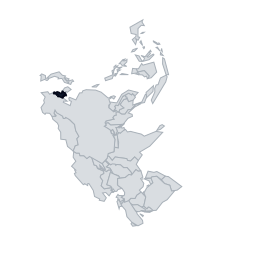 location of North Korea within Asia, rotated 240°
{"feature_id": "PRK", "entity_name": "North Korea", "entity_type": "country or territory", "adm_level": 0, "iso_a3": "PRK", "parent_name": "Asia", "parent_adm1": "", "projection": "equal_earth", "projection_center": [127.346, 40.359], "detail": "fine", "context": "in_parent", "style": "filled", "palette": "ink", "viewbox_px": 256, "rotation_deg": 240, "n_neighbors": 45, "source": "natural_earth", "source_scale": "50m", "svg_char_len": 14185}
<svg xmlns="http://www.w3.org/2000/svg" viewBox="0 0 256 256"><g transform="rotate(240 128 128)"><path d="M134.8,69.2L132.2,70.6L130.6,73.2L128.0,72.6L126.1,75.9L122.1,77.1L122.6,80.4L121.3,82.0L112.9,80.2L111.4,81.7L108.1,81.3L103.1,85.3L100.6,84.3L100.7,80.8L99.4,79.4L95.0,79.8L91.4,75.9L87.2,77.0L84.6,84.1L82.5,82.1L79.8,83.1L80.5,81.2L78.7,77.7L83.2,76.5L84.5,73.5L78.4,74.3L76.4,70.7L79.8,67.0L80.7,68.0L85.4,64.8L91.3,66.7L99.3,66.4L100.0,65.5L98.3,64.3L101.5,62.6L101.0,61.4L101.9,60.8L113.2,58.5L115.5,58.9L115.2,60.6L118.3,60.8L117.8,61.7L123.1,60.0L125.3,66.2L130.1,65.9L134.8,69.2Z" fill="#d9dde1" stroke="#a8b0b8" stroke-width="1"/><path d="M84.6,84.1L87.2,77.0L91.4,75.9L95.0,79.8L99.4,79.4L100.7,80.8L100.6,84.3L102.6,85.3L107.5,82.2L106.3,83.6L109.9,84.9L107.6,86.3L105.8,86.2L106.3,84.7L104.2,85.2L102.4,87.6L101.1,87.5L101.4,90.3L100.0,92.3L89.5,81.3L86.3,84.0L84.6,84.1Z" fill="#d9dde1" stroke="#a8b0b8" stroke-width="1"/><path d="M214.3,180.1L214.2,194.9L212.8,193.1L208.5,193.3L210.3,190.8L209.1,186.4L201.9,182.2L200.7,183.5L199.0,180.6L201.9,179.2L199.4,179.2L196.5,176.3L202.4,175.9L203.2,180.4L204.9,181.8L208.3,178.0L214.3,180.1ZM187.1,194.4L186.2,197.3L184.6,197.5L185.5,195.3L187.1,194.4ZM202.8,189.9L202.6,188.2L203.3,186.6L203.6,188.3L202.8,189.9ZM175.1,164.7L174.1,166.7L177.0,172.1L175.0,172.3L172.1,183.3L162.1,180.8L159.9,173.2L161.1,169.5L162.6,172.3L168.1,171.3L169.5,170.8L171.7,164.3L175.1,164.7ZM192.1,181.9L196.4,181.2L197.1,182.9L192.1,181.9ZM190.3,182.8L189.2,182.4L188.8,181.4L190.6,181.3L190.3,182.8ZM192.1,169.1L193.4,171.5L192.4,176.2L191.2,171.8L192.1,169.1ZM180.2,171.1L187.6,170.9L184.9,173.6L179.0,173.6L178.7,175.3L180.3,177.3L184.3,175.5L181.2,178.5L184.1,186.3L182.5,186.2L183.3,184.3L181.2,184.6L180.3,180.1L179.2,180.8L179.4,186.8L178.4,187.1L176.6,180.5L178.4,173.8L180.2,171.1ZM180.1,196.9L177.0,195.9L178.6,195.5L180.1,196.9ZM178.6,194.2L182.1,193.4L183.6,192.6L183.4,193.9L178.6,194.2ZM175.2,192.6L177.3,194.0L173.2,194.7L175.2,192.6ZM155.1,187.6L166.2,190.0L171.5,193.2L169.6,194.1L153.9,189.8L155.1,187.6ZM150.5,175.7L155.1,181.1L154.7,187.5L152.8,187.5L149.1,183.8L136.8,161.6L140.5,162.1L145.8,169.3L148.9,170.9L151.2,173.9L150.5,175.7Z" fill="#d9dde1" stroke="#a8b0b8" stroke-width="1"/><path d="M187.3,195.6L188.8,193.4L191.1,193.3L187.3,195.6Z" fill="#d9dde1" stroke="#a8b0b8" stroke-width="1"/><path d="M48.0,100.3L45.7,103.2L44.0,108.2L44.1,104.6L46.8,100.7L48.0,100.3Z" fill="#d9dde1" stroke="#a8b0b8" stroke-width="1"/><path d="M49.9,98.4L46.8,100.7L50.0,97.5L49.9,98.4Z" fill="#d9dde1" stroke="#a8b0b8" stroke-width="1"/><path d="M47.0,102.1L45.3,104.3L46.5,101.8L47.0,102.1Z" fill="#d9dde1" stroke="#a8b0b8" stroke-width="1"/><path d="M47.0,102.1L52.7,100.1L52.5,102.6L48.6,104.0L49.5,106.1L45.6,108.9L44.0,108.2L47.0,102.1Z" fill="#d9dde1" stroke="#a8b0b8" stroke-width="1"/><path d="M67.9,119.5L71.8,119.8L76.2,116.3L72.8,123.3L68.1,122.2L67.9,119.5Z" fill="#d9dde1" stroke="#a8b0b8" stroke-width="1"/><path d="M66.9,118.4L67.1,116.8L68.3,115.5L68.4,117.4L66.9,118.4Z" fill="#d9dde1" stroke="#a8b0b8" stroke-width="1"/><path d="M64.0,107.0L65.0,110.2L62.3,109.1L64.0,107.0Z" fill="#d9dde1" stroke="#a8b0b8" stroke-width="1"/><path d="M52.5,102.6L52.7,100.1L56.9,97.9L58.8,93.9L61.8,91.9L64.7,92.3L65.7,95.3L63.5,98.8L65.5,102.0L66.0,107.3L59.4,108.9L52.5,102.6Z" fill="#d9dde1" stroke="#a8b0b8" stroke-width="1"/><path d="M73.2,122.9L76.0,118.0L80.6,123.8L76.6,128.3L75.9,131.2L67.6,136.3L66.5,131.1L71.8,128.8L73.7,124.4L73.2,122.9ZM76.8,115.0L76.0,115.6L76.6,114.9L76.8,115.0Z" fill="#d9dde1" stroke="#a8b0b8" stroke-width="1"/><path d="M149.5,146.3L150.4,141.7L155.5,142.5L156.3,141.0L158.1,143.3L157.8,146.0L154.9,147.7L155.6,149.1L151.0,149.9L149.5,146.3Z" fill="#d9dde1" stroke="#a8b0b8" stroke-width="1"/><path d="M154.1,141.6L150.4,141.7L149.5,146.3L145.5,143.6L143.7,153.0L148.5,159.9L146.8,161.1L141.8,155.0L144.5,147.0L142.5,139.7L143.8,137.4L141.5,132.3L143.1,129.5L146.3,127.9L148.1,130.0L147.5,134.4L151.1,132.6L153.6,134.6L154.8,138.7L154.1,141.6Z" fill="#d9dde1" stroke="#a8b0b8" stroke-width="1"/><path d="M157.7,141.8L154.1,141.6L154.8,138.7L152.4,132.8L147.5,134.4L148.1,130.0L146.3,127.9L149.2,126.3L149.1,123.7L151.4,127.2L153.4,127.2L154.0,129.1L152.4,130.5L157.7,138.0L157.7,141.8Z" fill="#d9dde1" stroke="#a8b0b8" stroke-width="1"/><path d="M146.3,127.9L143.1,129.5L141.5,132.3L143.8,137.4L142.5,139.7L144.5,147.0L142.6,151.4L142.8,144.2L140.9,135.7L137.8,138.4L135.9,137.7L136.4,132.8L133.6,125.6L139.2,114.5L142.5,113.4L143.1,110.8L145.1,112.5L142.7,120.3L144.5,119.9L145.7,122.4L145.1,124.2L148.2,124.8L146.3,127.9Z" fill="#d9dde1" stroke="#a8b0b8" stroke-width="1"/><path d="M152.4,150.2L155.6,149.1L154.9,147.7L157.8,146.0L158.1,139.5L152.4,130.5L154.0,129.1L153.4,127.2L151.4,127.2L149.9,123.4L155.2,121.5L159.5,125.4L155.3,130.9L160.3,139.4L160.6,147.5L153.7,154.5L152.4,150.2Z" fill="#d9dde1" stroke="#a8b0b8" stroke-width="1"/><path d="M189.4,91.1L192.7,89.4L194.4,93.1L193.8,96.5L189.8,98.0L189.3,93.2L190.4,92.8L189.4,91.1Z" fill="#d9dde1" stroke="#a8b0b8" stroke-width="1"/><path d="M135.4,69.0L142.3,66.4L148.9,68.3L151.9,64.2L158.0,67.6L162.5,67.3L164.6,69.1L167.6,69.3L173.0,67.3L176.2,68.0L174.6,71.9L177.9,71.3L180.3,73.1L170.9,77.3L168.6,76.8L167.8,78.0L168.4,79.3L166.1,81.0L157.8,83.5L151.9,81.4L145.3,81.3L144.3,78.4L138.3,76.4L138.9,73.4L135.4,69.0Z" fill="#d9dde1" stroke="#a8b0b8" stroke-width="1"/><path d="M143.1,110.8L142.5,113.4L139.2,114.5L134.3,124.3L133.8,120.9L132.9,122.3L132.1,121.1L134.4,117.9L130.5,117.3L128.6,114.7L127.9,116.2L128.9,117.4L127.4,119.0L128.3,119.5L128.1,125.1L124.9,125.5L123.8,128.5L116.0,136.5L112.8,138.0L111.1,150.5L106.9,155.9L101.4,137.8L101.3,125.9L97.6,126.9L94.7,120.7L99.6,119.3L98.1,113.7L100.2,111.4L102.1,111.6L109.3,102.4L107.8,98.1L112.8,97.4L114.6,95.7L115.8,98.1L114.5,104.0L117.8,106.8L115.7,109.7L120.4,112.8L127.8,114.8L129.3,111.2L129.2,113.3L130.6,114.2L134.3,113.9L134.0,111.9L141.4,108.3L141.4,110.5L143.1,110.8Z" fill="#d9dde1" stroke="#a8b0b8" stroke-width="1"/><path d="M133.8,120.9L133.6,127.4L132.4,122.8L130.9,122.7L130.4,124.8L128.4,124.3L127.4,119.0L128.9,117.4L127.9,116.2L128.6,114.7L130.5,117.3L134.4,117.9L132.1,121.1L132.9,122.3L133.8,120.9Z" fill="#d9dde1" stroke="#a8b0b8" stroke-width="1"/><path d="M134.0,111.9L134.3,113.9L129.2,113.3L131.4,110.8L134.0,111.9Z" fill="#d9dde1" stroke="#a8b0b8" stroke-width="1"/><path d="M128.3,111.7L127.8,114.8L126.4,114.9L115.7,109.7L118.5,106.3L124.7,111.0L128.3,111.7Z" fill="#d9dde1" stroke="#a8b0b8" stroke-width="1"/><path d="M114.6,95.7L112.8,97.4L107.8,98.1L109.3,102.4L102.1,111.6L100.2,111.4L98.1,113.7L99.6,119.3L94.7,120.7L92.4,117.0L84.4,117.7L85.5,115.2L88.0,114.1L85.5,107.5L87.9,108.6L94.2,107.4L95.8,104.4L99.8,103.1L105.9,93.6L111.2,92.4L112.3,94.9L114.6,95.7Z" fill="#d9dde1" stroke="#a8b0b8" stroke-width="1"/><path d="M95.3,92.4L102.1,92.3L105.2,89.6L106.0,93.2L108.5,91.6L111.2,92.4L104.7,94.5L104.8,96.4L103.2,98.8L101.7,98.7L102.0,100.1L99.8,103.1L95.8,104.4L94.2,107.4L87.9,108.6L85.5,107.5L87.3,105.6L86.5,100.9L89.0,95.4L91.6,95.9L95.3,92.4Z" fill="#d9dde1" stroke="#a8b0b8" stroke-width="1"/><path d="M100.0,92.3L101.4,90.3L101.1,87.5L106.3,84.7L106.5,86.1L103.8,87.6L110.1,87.8L111.1,91.8L106.0,93.2L105.2,89.6L102.1,92.3L100.0,92.3Z" fill="#d9dde1" stroke="#a8b0b8" stroke-width="1"/><path d="M107.5,82.2L111.4,81.7L112.9,80.2L121.3,82.0L110.1,87.8L103.8,87.6L104.2,86.4L109.9,84.9L106.3,83.6L107.5,82.2Z" fill="#d9dde1" stroke="#a8b0b8" stroke-width="1"/><path d="M79.8,83.1L82.5,82.1L83.8,84.2L86.3,84.0L89.5,81.3L98.5,90.7L98.1,91.9L97.1,91.3L90.4,96.2L89.0,95.4L89.4,93.7L84.5,90.6L78.7,92.2L79.8,88.7L78.8,86.6L79.7,84.9L82.5,84.8L81.8,82.5L79.8,84.4L79.8,83.1Z" fill="#d9dde1" stroke="#a8b0b8" stroke-width="1"/><path d="M66.0,107.3L65.5,102.0L63.5,98.8L65.7,95.3L64.5,90.7L65.4,87.8L68.0,89.1L71.5,87.5L71.8,91.5L73.8,92.9L78.5,92.7L83.5,90.4L89.4,93.7L86.5,100.9L87.3,105.6L85.5,107.5L88.0,114.1L85.5,115.2L84.4,117.7L78.0,116.3L77.9,113.6L72.2,114.0L69.6,111.7L68.5,106.8L66.0,107.3Z" fill="#d9dde1" stroke="#a8b0b8" stroke-width="1"/><path d="M47.5,101.5L49.9,98.4L49.8,95.9L52.1,93.0L61.1,92.2L58.8,93.9L56.9,97.9L48.9,102.3L47.5,101.5Z" fill="#d9dde1" stroke="#a8b0b8" stroke-width="1"/><path d="M68.5,89.1L65.4,86.1L65.9,84.5L68.7,85.0L68.5,89.1Z" fill="#d9dde1" stroke="#a8b0b8" stroke-width="1"/><path d="M64.7,92.3L52.1,93.0L50.5,95.0L51.1,93.3L49.0,93.0L40.8,94.4L38.0,93.3L38.3,87.7L44.6,84.2L51.7,82.7L58.0,84.8L64.9,83.5L66.7,87.2L65.4,87.8L64.7,92.3ZM40.6,83.0L43.5,82.7L44.3,84.1L39.3,86.3L40.6,83.0Z" fill="#d9dde1" stroke="#a8b0b8" stroke-width="1"/><path d="M114.1,156.9L113.8,159.3L111.5,160.5L110.6,155.4L111.5,151.7L114.1,156.9Z" fill="#d9dde1" stroke="#a8b0b8" stroke-width="1"/><path d="M161.5,132.8L160.2,130.2L163.8,128.7L163.0,131.8L161.5,132.8ZM110.1,87.8L122.6,80.4L122.1,77.1L126.1,75.9L128.0,72.6L130.6,73.2L132.2,70.6L135.4,69.0L138.9,73.4L138.3,76.4L144.3,78.4L145.3,81.3L151.9,81.4L157.8,83.5L164.3,81.7L168.4,79.3L167.8,78.0L168.6,76.8L170.9,77.3L176.9,73.8L180.1,73.8L177.9,71.3L174.3,71.1L176.2,68.0L179.9,67.5L182.0,64.3L181.3,63.0L184.2,61.8L189.2,62.9L191.6,68.2L194.0,68.8L196.3,71.8L202.0,70.5L199.5,76.7L196.5,77.0L196.0,81.9L195.1,80.8L192.2,82.7L192.4,83.7L190.4,83.1L186.5,86.8L181.6,88.8L183.4,85.8L182.6,84.8L176.3,89.1L179.4,92.3L181.2,90.9L183.5,91.7L183.7,92.8L178.4,96.9L182.6,103.6L181.5,105.7L182.8,107.5L182.1,110.9L177.0,118.9L172.4,122.7L163.9,125.8L163.3,128.1L162.4,128.2L162.4,125.8L157.8,124.8L157.4,122.7L155.2,121.5L149.1,123.7L149.2,126.3L145.1,124.2L145.7,122.4L144.5,119.9L142.7,120.3L145.1,112.5L144.0,110.7L141.4,110.5L141.4,108.3L135.3,111.6L131.4,110.8L129.2,112.9L129.3,111.2L124.7,111.0L114.5,104.0L115.8,98.1L112.3,94.9L110.1,87.8Z" fill="#d9dde1" stroke="#a8b0b8" stroke-width="1"/><path d="M181.7,117.2L181.1,122.7L180.3,124.5L179.3,121.0L181.7,117.2Z" fill="#d9dde1" stroke="#a8b0b8" stroke-width="1"/><path d="M70.8,83.0L72.3,84.4L74.0,83.1L75.5,86.1L74.2,86.3L71.8,90.0L71.5,87.5L68.5,89.1L68.0,86.8L68.1,84.2L70.3,84.5L70.8,83.0ZM68.0,89.1L67.0,88.9L66.7,87.2L67.9,87.7L68.0,89.1Z" fill="#d9dde1" stroke="#a8b0b8" stroke-width="1"/><path d="M62.5,79.9L69.9,81.7L70.6,84.3L63.3,83.6L64.1,81.5L62.5,79.9Z" fill="#d9dde1" stroke="#a8b0b8" stroke-width="1"/><path d="M180.9,146.3L179.4,143.5L181.4,144.3L180.9,146.3ZM183.8,153.5L183.7,149.3L184.4,150.7L185.6,148.5L183.8,153.5ZM187.9,151.8L189.8,157.7L189.2,159.8L188.6,157.5L187.8,158.6L187.8,161.4L185.8,160.0L184.8,156.2L182.0,157.7L184.6,154.3L188.0,153.6L187.9,151.8ZM178.2,150.0L174.0,155.0L178.0,148.2L178.2,150.0ZM182.8,132.8L181.7,141.5L185.5,142.7L185.7,145.6L183.7,143.3L179.9,142.6L180.5,141.1L178.7,139.1L180.2,132.2L182.8,132.8ZM182.1,150.3L182.0,147.0L184.0,147.7L182.1,150.3ZM188.0,146.4L188.5,148.9L187.2,148.3L186.9,151.0L186.0,145.5L188.0,146.4Z" fill="#d9dde1" stroke="#a8b0b8" stroke-width="1"/><path d="M145.0,159.3L149.8,161.5L151.9,171.2L147.1,167.8L145.0,159.3ZM175.1,164.7L171.7,164.3L169.5,170.8L162.6,172.3L161.4,171.1L161.1,169.5L163.7,169.9L164.0,167.9L166.8,167.0L168.9,163.8L170.8,164.2L173.2,158.3L177.3,161.8L175.1,164.7Z" fill="#d9dde1" stroke="#a8b0b8" stroke-width="1"/><path d="M171.0,161.7L170.8,164.2L169.6,164.9L168.9,163.8L171.0,161.7Z" fill="#d9dde1" stroke="#a8b0b8" stroke-width="1"/><path d="M213.1,88.3L211.1,96.4L206.5,97.5L204.3,99.9L203.2,97.5L196.8,99.0L198.4,100.5L197.4,104.1L195.6,104.2L196.0,102.3L194.4,100.2L199.3,95.8L204.0,95.6L205.5,92.0L206.5,93.0L209.5,90.2L210.5,84.3L212.1,83.9L213.1,88.3ZM216.5,78.9L217.4,78.1L218.0,80.3L214.7,82.7L212.2,81.4L211.6,83.5L209.9,83.5L209.6,81.6L211.8,80.0L212.3,75.9L216.5,78.9ZM199.0,99.9L201.3,98.0L202.7,99.2L200.0,101.5L199.0,99.9Z" fill="#d9dde1" stroke="#a8b0b8" stroke-width="1"/><path d="M66.5,131.1L67.6,136.3L65.7,138.7L50.4,145.3L49.6,139.5L51.7,134.2L57.5,135.6L61.6,131.9L66.5,131.1Z" fill="#d9dde1" stroke="#a8b0b8" stroke-width="1"/><path d="M44.0,108.5L48.4,107.1L49.5,106.1L48.6,104.0L52.5,102.6L59.4,108.9L63.7,109.3L66.8,114.2L68.1,122.2L73.2,122.9L73.7,124.4L71.8,128.8L61.6,131.9L57.5,135.6L51.7,134.2L50.3,137.0L46.3,126.0L46.4,120.7L42.6,111.3L44.0,108.5Z" fill="#d9dde1" stroke="#a8b0b8" stroke-width="1"/><path d="M47.9,95.3L44.6,97.6L43.9,96.5L47.9,95.3Z" fill="#d9dde1" stroke="#a8b0b8" stroke-width="1"/><path d="M192.7,89.4L192.6,89.6L192.5,89.8L192.4,89.9L192.3,90.0L192.2,90.0L191.8,90.0L191.7,90.0L191.4,90.0L191.1,90.0L190.9,90.0L190.6,90.1L190.5,90.3L190.4,90.4L190.2,90.7L190.1,90.8L190.1,91.0L189.7,90.9L189.4,91.0L189.2,90.9L188.7,90.6L188.6,90.8L188.5,91.0L188.2,91.2L188.0,90.9L187.7,90.9L187.9,90.5L187.8,90.4L187.6,90.5L187.4,90.4L187.2,90.4L187.4,90.1L187.4,89.9L187.5,89.7L188.1,89.3L188.3,89.3L188.4,89.2L188.2,89.1L187.8,89.0L187.8,88.9L188.2,88.0L188.2,87.8L188.1,87.6L187.9,87.5L187.8,87.4L187.4,87.2L187.2,87.1L187.2,87.3L187.0,87.2L186.9,87.0L186.7,86.9L186.7,86.6L186.7,86.4L186.8,86.3L187.2,86.0L187.3,85.9L187.5,85.7L187.9,85.5L188.1,85.4L188.4,85.2L188.5,85.1L188.7,84.9L188.8,84.9L189.1,84.8L189.2,84.7L189.3,84.6L189.5,84.4L189.6,84.2L189.8,84.0L189.9,83.9L189.9,83.7L190.0,83.5L190.0,83.4L190.2,83.2L190.3,83.3L190.4,83.2L190.5,83.1L190.7,83.3L190.8,83.4L190.8,83.5L191.0,83.6L191.3,83.7L191.5,83.8L192.0,83.8L192.3,83.9L192.5,83.7L192.5,83.4L192.4,83.3L192.3,83.2L192.2,83.0L192.2,82.9L192.2,82.7L192.4,82.7L192.6,82.7L193.0,82.7L193.4,82.6L193.5,82.6L193.7,82.4L193.8,82.4L193.9,82.2L194.0,82.0L194.1,81.9L194.3,81.9L194.4,82.0L194.4,81.9L194.5,81.9L194.7,81.5L194.7,81.3L194.7,81.2L194.8,81.0L194.9,80.8L195.0,80.8L195.3,80.9L195.4,81.0L195.4,81.3L195.5,81.4L195.6,81.5L195.8,81.6L195.9,81.8L196.0,81.9L196.0,82.0L195.9,82.1L195.5,82.3L195.4,82.4L195.3,82.5L195.2,82.6L195.0,82.9L194.9,83.1L194.7,83.3L194.6,83.5L194.7,83.9L194.8,84.1L194.7,84.4L194.7,84.8L194.1,85.2L194.0,85.3L193.8,85.7L193.5,85.8L193.4,85.9L193.2,86.0L192.9,86.4L192.7,86.5L192.3,86.6L192.1,86.6L191.9,86.8L191.5,87.1L191.4,87.2L191.4,87.5L191.4,87.9L191.2,88.0L191.4,88.3L191.5,88.3L191.8,88.4L192.1,88.8L192.3,89.0L192.5,89.1L192.6,89.3L192.7,89.4ZM187.5,87.5L187.4,87.6L187.4,87.4L187.5,87.4L187.5,87.5Z" fill="#0f172a" stroke="#020617" stroke-width="1.5"/></g></svg>